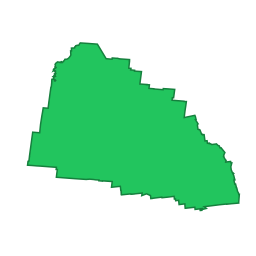 Río Primero, Córdoba, Argentina, rotated 264°
{"feature_id": "61730980B52469297457294", "entity_name": "Río Primero", "entity_type": "district", "adm_level": 2, "iso_a3": "ARG", "parent_name": "Argentina", "parent_adm1": "Córdoba", "projection": "equal_earth", "projection_center": [-63.224, -31.038], "detail": "fine", "context": "isolated", "style": "filled", "palette": "green", "viewbox_px": 256, "rotation_deg": 264, "n_neighbors": 0, "source": "geoboundaries", "source_scale": "gbopen_adm2", "svg_char_len": 4989}
<svg xmlns="http://www.w3.org/2000/svg" viewBox="0 0 256 256"><g transform="rotate(264 128 128)"><path d="M42.1,210.6L42.1,212.1L42.1,218.2L41.9,218.2L41.9,222.5L41.8,227.8L41.8,230.3L42.3,230.3L49.4,231.6L50.4,231.8L50.4,231.2L50.9,231.2L52.0,231.0L53.5,230.3L54.6,230.2L57.1,229.9L57.4,229.4L58.3,229.5L61.0,229.1L60.9,228.4L65.1,227.8L65.2,228.9L66.4,228.7L66.5,228.5L67.1,228.4L67.5,228.5L70.1,228.1L72.0,227.4L72.0,228.1L73.4,226.9L74.7,226.6L75.5,226.3L78.7,226.2L80.8,227.0L82.4,227.6L82.4,226.8L82.9,226.8L82.9,226.7L83.1,226.6L84.0,226.5L83.9,221.6L85.4,222.1L85.4,221.9L89.2,220.2L89.2,220.4L91.1,220.4L93.1,221.6L93.4,221.8L98.6,218.5L98.6,217.5L100.7,216.9L101.0,216.0L101.7,215.3L102.0,215.1L102.3,214.7L102.7,214.5L102.9,214.4L102.8,209.5L103.4,208.9L103.7,208.1L103.9,208.0L103.9,207.2L104.5,207.2L104.5,205.4L107.1,205.3L107.1,203.2L113.4,203.0L113.4,201.5L114.0,201.5L114.0,200.6L117.7,199.6L118.8,199.2L119.0,198.8L119.0,198.6L119.1,198.0L119.5,197.7L119.5,197.4L121.6,197.4L123.4,197.3L123.7,197.4L125.0,197.8L125.0,198.0L129.3,195.9L129.4,196.6L130.0,196.5L132.4,196.2L133.6,195.8L132.5,185.0L136.2,185.8L140.0,186.7L144.1,187.8L148.2,188.8L148.5,186.5L148.8,186.5L151.0,174.7L153.5,175.3L153.3,176.5L161.5,178.5L162.7,171.9L163.5,167.2L162.4,166.9L163.5,161.1L163.7,160.0L164.1,157.9L164.3,157.9L165.2,153.0L168.7,153.8L169.1,151.2L169.3,151.3L169.7,148.9L170.5,144.4L182.7,147.3L183.9,140.4L184.7,140.6L185.5,136.7L187.0,137.2L187.4,135.0L194.2,136.5L194.2,136.3L195.9,136.7L197.6,127.0L198.4,124.9L198.6,123.4L199.3,119.6L198.1,119.3L199.2,113.5L214.6,106.3L216.3,97.0L217.6,89.4L216.6,88.5L215.6,87.8L215.4,87.6L215.4,87.2L215.6,86.5L215.6,86.3L215.6,86.1L215.4,85.9L215.4,85.7L215.4,85.2L215.3,84.8L215.2,84.5L214.9,84.4L214.8,84.5L214.7,84.4L214.4,83.8L214.3,83.6L214.1,83.5L213.3,83.4L213.2,83.3L213.4,80.1L210.6,79.9L210.7,79.0L209.8,79.0L209.6,78.9L206.7,78.8L205.9,78.4L205.3,77.9L205.0,77.6L204.6,77.2L204.1,76.7L203.6,76.1L203.0,75.0L202.8,74.4L202.8,74.1L202.9,73.4L202.9,72.6L202.9,72.4L202.3,72.1L201.9,71.7L201.5,71.3L201.3,71.0L201.2,70.8L201.0,70.6L200.8,70.6L200.7,70.5L200.5,70.1L200.4,70.0L200.3,69.7L200.1,69.4L199.9,69.2L200.0,69.1L200.1,68.9L200.4,68.9L200.8,68.9L201.0,68.7L201.0,68.4L200.9,68.3L200.8,68.5L200.7,68.6L200.4,68.3L200.2,68.1L200.1,67.7L200.2,67.4L200.4,67.3L200.5,67.1L200.4,67.0L200.4,66.8L200.5,66.7L200.7,66.4L200.8,66.2L200.8,65.9L200.9,65.7L201.0,65.1L201.1,64.8L201.1,64.7L200.8,64.6L200.5,64.0L200.4,63.9L200.2,63.4L199.8,62.8L199.6,62.7L199.2,62.5L199.0,62.2L198.7,62.1L198.0,62.3L197.0,62.2L196.9,62.1L196.8,61.9L196.5,61.9L196.4,61.8L196.2,61.7L196.1,61.8L196.3,62.0L196.3,62.3L196.1,62.5L195.8,62.5L195.7,62.7L195.1,62.3L195.0,61.9L195.0,61.7L194.8,61.2L194.7,61.1L194.6,60.8L194.6,60.6L194.3,60.2L194.2,60.1L193.9,60.0L193.6,59.9L193.4,60.0L193.1,60.0L192.8,59.8L192.9,60.0L193.1,60.6L193.1,60.8L192.6,60.8L192.4,60.5L192.3,60.9L192.3,61.1L192.4,61.4L192.2,61.5L192.3,61.7L192.3,61.8L192.2,61.8L191.9,61.7L191.8,61.4L191.7,61.4L191.6,61.6L191.4,61.4L191.2,61.5L190.8,61.6L190.5,61.5L190.1,61.6L190.0,61.8L189.8,61.9L189.7,61.8L189.6,61.6L189.4,61.3L189.4,61.2L189.4,60.9L189.5,60.6L189.4,60.6L189.2,60.9L189.0,61.0L188.9,61.0L188.6,61.3L188.3,61.2L188.2,60.6L188.5,60.5L188.5,60.4L188.4,60.3L188.2,60.1L188.1,60.4L188.1,60.6L187.8,60.8L187.6,60.8L187.6,60.7L187.4,60.3L187.2,61.0L186.9,61.2L186.7,60.3L186.8,60.2L187.0,60.0L187.1,59.9L187.0,59.7L186.8,59.7L186.8,59.4L186.7,59.5L186.5,59.4L186.5,59.2L186.3,59.4L186.1,59.3L185.8,59.5L185.6,59.5L185.4,59.4L185.0,59.1L184.9,59.2L184.6,59.2L184.2,59.2L184.1,59.7L183.9,59.9L183.6,60.1L183.5,60.3L183.6,60.5L183.1,61.0L182.8,61.1L182.7,61.0L182.4,60.5L182.5,60.3L182.4,60.2L182.5,59.9L182.7,60.0L182.8,60.2L182.9,60.3L183.1,60.3L183.2,60.1L183.4,60.0L183.6,59.7L183.8,59.6L183.9,59.4L184.0,59.2L184.1,58.7L184.5,58.3L184.5,58.2L184.4,58.0L184.4,57.7L184.4,57.4L182.5,57.0L182.3,57.1L176.9,56.0L176.7,55.6L162.0,52.0L156.0,50.6L156.9,45.8L152.8,44.7L149.4,43.7L140.7,41.4L132.5,39.7L133.8,32.8L110.0,27.0L109.9,27.1L109.0,26.8L106.8,26.3L105.3,25.8L105.3,25.1L102.3,24.4L101.5,24.2L100.7,28.9L99.8,33.6L99.3,36.7L97.0,49.2L96.4,52.7L94.3,52.2L94.1,53.4L90.0,52.4L86.5,51.6L83.6,67.5L83.3,69.1L81.2,81.1L81.2,82.9L81.1,83.6L81.2,83.9L81.0,85.2L80.4,88.3L79.9,90.1L79.3,93.7L78.6,93.5L77.8,97.2L78.1,97.3L77.7,99.4L76.4,106.7L70.8,105.4L70.8,109.9L70.8,114.3L66.5,114.3L66.5,114.6L64.1,114.6L64.1,114.4L62.8,114.4L62.4,114.3L62.2,114.4L62.2,114.5L62.2,123.9L61.8,124.0L61.8,124.5L61.7,125.4L61.8,125.6L61.7,127.2L61.8,127.3L61.8,135.3L59.3,134.6L60.6,139.5L58.5,143.3L55.4,143.3L55.4,144.7L55.5,144.7L55.6,149.3L55.7,154.4L55.1,154.5L55.1,157.7L55.1,159.9L55.2,166.7L52.5,166.7L52.5,167.8L50.7,167.8L50.8,170.8L46.5,170.8L46.6,176.6L43.7,176.5L42.2,176.5L42.2,186.2L40.0,186.2L40.1,191.1L39.2,191.1L39.2,191.3L38.4,191.3L38.4,192.7L40.2,192.1L40.2,193.6L39.3,193.9L39.8,197.5L41.8,195.5L41.9,201.0L42.1,210.6Z" fill="#22c55e" stroke="#15803d" stroke-width="1.5"/></g></svg>